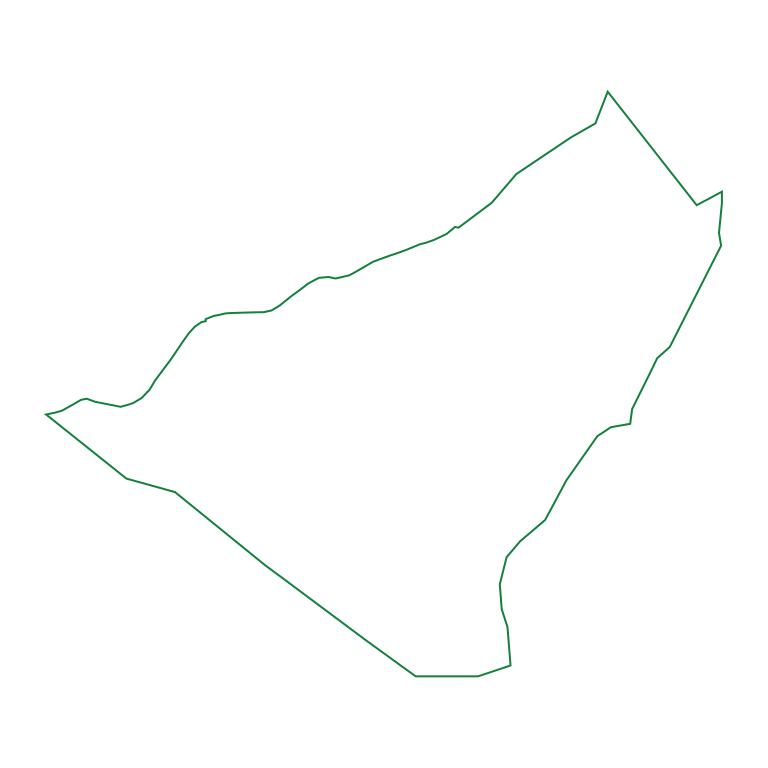 Cedars, Castries, Saint Lucia
{"feature_id": "8701671B84964760406378", "entity_name": "Cedars", "entity_type": "district", "adm_level": 2, "iso_a3": "LCA", "parent_name": "Saint Lucia", "parent_adm1": "Castries", "projection": "natural_earth1", "projection_center": [-60.983, 14.006], "detail": "fine", "context": "isolated", "style": "outline", "palette": "green", "viewbox_px": 768, "rotation_deg": 0, "n_neighbors": 0, "source": "geoboundaries", "source_scale": "gbopen_adm2", "svg_char_len": 1138}
<svg xmlns="http://www.w3.org/2000/svg" viewBox="0 0 768 768"><path d="M607.7,91.7L595.4,123.4L570.9,137.4L516.4,174.0L491.8,202.7L458.6,227.6L454.9,227.0L446.7,233.9L433.8,240.0L425.6,242.9L420.4,244.1L413.7,246.8L405.5,250.2L396.3,253.5L390.2,255.5L379.9,259.2L373.0,261.8L365.4,266.2L354.3,272.6L349.1,275.4L335.6,278.5L328.6,277.0L318.9,277.8L308.3,283.4L302.3,288.1L290.6,296.7L279.6,305.6L271.4,310.5L263.5,312.2L255.2,312.3L231.9,313.0L225.4,313.4L220.1,314.7L213.6,316.0L205.7,319.1L205.7,321.2L201.4,322.1L194.9,326.6L188.9,333.1L183.7,340.4L170.8,359.5L160.0,373.9L154.9,380.8L149.6,389.7L141.5,398.1L133.3,403.0L128.3,404.7L120.6,406.8L95.2,401.8L86.7,398.7L80.9,399.9L73.9,404.0L62.1,410.6L55.7,412.5L46.1,414.5L126.4,478.6L175.0,492.1L265.2,565.3L278.9,575.4L367.0,641.1L415.6,676.3L478.1,676.3L510.5,665.5L510.3,662.7L507.5,627.2L501.7,609.1L499.8,584.3L506.6,557.2L520.1,541.3L545.2,519.9L554.9,501.8L566.4,480.3L597.3,436.2L610.9,427.2L630.2,423.8L632.1,409.1L649.5,374.1L657.2,358.2L669.8,346.9L721.1,245.7L719.0,232.8L721.9,203.4L721.9,191.7L696.7,205.2L607.7,91.7Z" fill="none" stroke="#15803d" stroke-width="2"/></svg>